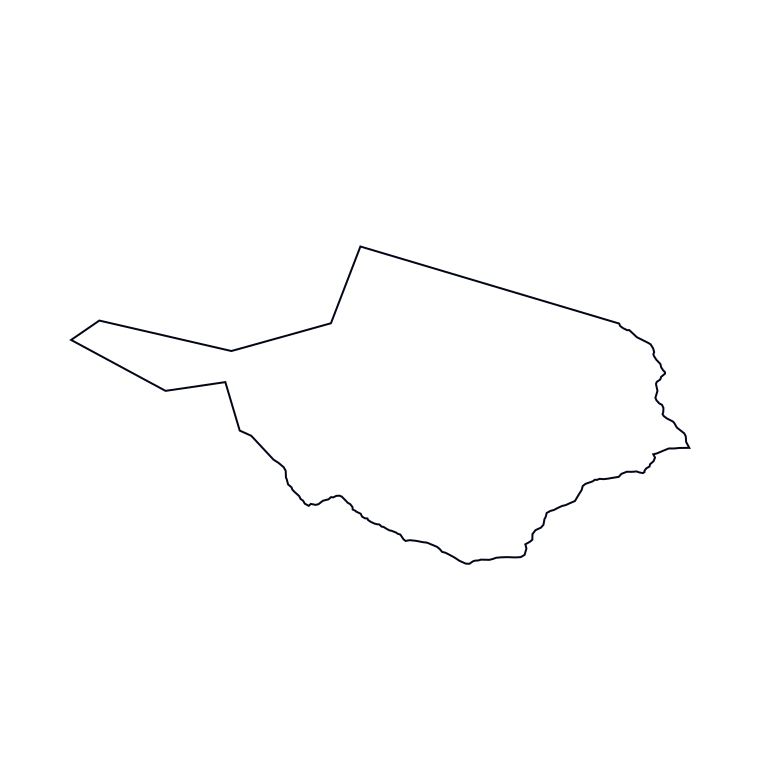 Chuave District, Chimbu, Papua New Guinea, rotated 291°
{"feature_id": "67681753B10783046859630", "entity_name": "Chuave District", "entity_type": "district", "adm_level": 2, "iso_a3": "PNG", "parent_name": "Papua New Guinea", "parent_adm1": "Chimbu", "projection": "equal_earth", "projection_center": [145.121, -6.175], "detail": "fine", "context": "isolated", "style": "outline", "palette": "ink", "viewbox_px": 768, "rotation_deg": 291, "n_neighbors": 0, "source": "geoboundaries", "source_scale": "gbopen_adm2", "svg_char_len": 2300}
<svg xmlns="http://www.w3.org/2000/svg" viewBox="0 0 768 768"><g transform="rotate(291 384 384)"><path d="M524.7,581.8L523.4,565.0L503.9,312.7L421.7,312.7L373.8,248.2L360.1,229.7L341.2,95.5L313.0,76.1L299.3,182.5L328.9,235.2L288.8,266.0L288.1,278.6L273.8,307.9L272.5,314.0L270.4,320.1L267.8,323.3L261.3,326.1L260.4,327.2L255.9,330.4L254.4,334.7L252.6,336.2L251.3,338.9L248.9,345.1L246.8,347.3L246.0,350.4L243.9,352.9L243.3,357.4L245.8,358.6L246.7,363.6L248.3,365.9L250.3,367.1L253.1,368.8L256.5,373.6L259.3,375.0L260.1,377.4L262.5,379.6L263.8,382.6L263.7,385.0L261.0,391.0L260.2,392.4L259.7,395.6L257.8,398.7L255.6,399.8L255.4,402.7L254.9,403.7L254.5,408.8L252.3,411.1L251.8,414.4L252.5,416.7L251.3,417.9L250.5,421.3L250.3,425.5L250.6,427.8L251.2,430.1L250.0,432.8L250.4,434.7L249.7,438.5L249.3,441.6L249.7,443.8L249.6,447.2L249.7,448.2L249.1,450.5L249.3,453.2L246.1,457.7L245.2,460.3L247.5,464.2L249.1,470.3L250.2,476.7L251.3,481.0L251.0,491.8L250.0,494.9L248.1,498.4L248.5,501.9L247.9,507.3L247.3,511.9L246.0,517.7L245.6,524.7L246.8,528.2L250.2,530.5L251.6,532.1L253.2,535.5L254.8,537.5L257.6,545.4L259.8,548.5L262.0,551.0L264.0,555.1L266.5,561.0L269.1,568.6L271.4,573.7L274.9,576.5L281.5,575.9L285.0,573.4L288.8,576.6L291.7,578.3L297.1,576.4L301.8,577.8L306.2,582.0L309.7,583.3L315.6,582.2L317.6,582.6L321.9,582.1L325.2,584.9L327.3,587.8L330.4,590.5L334.1,594.1L336.0,597.0L338.8,599.7L343.2,604.2L350.8,605.5L355.8,606.5L360.0,606.1L363.0,607.9L367.9,613.7L370.2,615.2L370.8,617.2L372.7,619.2L373.9,623.2L375.9,627.0L378.6,631.5L381.4,636.4L385.1,637.8L389.1,642.1L390.7,646.6L392.9,651.2L392.9,653.8L393.6,657.6L395.1,658.7L396.5,658.3L399.2,659.1L402.2,661.5L404.4,661.1L408.4,663.3L412.4,663.4L414.9,660.6L416.8,663.4L421.3,668.1L425.9,673.0L427.8,678.0L430.2,682.8L433.8,691.9L438.1,686.9L443.4,684.4L445.5,682.0L448.3,673.0L451.5,669.1L452.5,667.2L453.2,660.5L454.3,656.7L455.7,654.8L457.8,654.8L461.9,653.4L464.2,650.9L464.5,648.0L466.4,644.2L468.4,642.3L475.5,641.8L481.5,637.9L483.7,637.9L487.2,640.3L490.0,640.2L494.3,642.6L495.7,642.1L496.8,639.7L498.9,636.8L501.7,634.9L504.2,629.6L507.0,625.8L508.4,624.8L510.6,624.8L513.8,622.4L516.6,618.6L517.1,615.7L518.3,603.3L522.2,593.7L521.4,591.8L521.8,587.1L522.8,583.7L524.7,581.8Z" fill="none" stroke="#020617" stroke-width="2"/></g></svg>